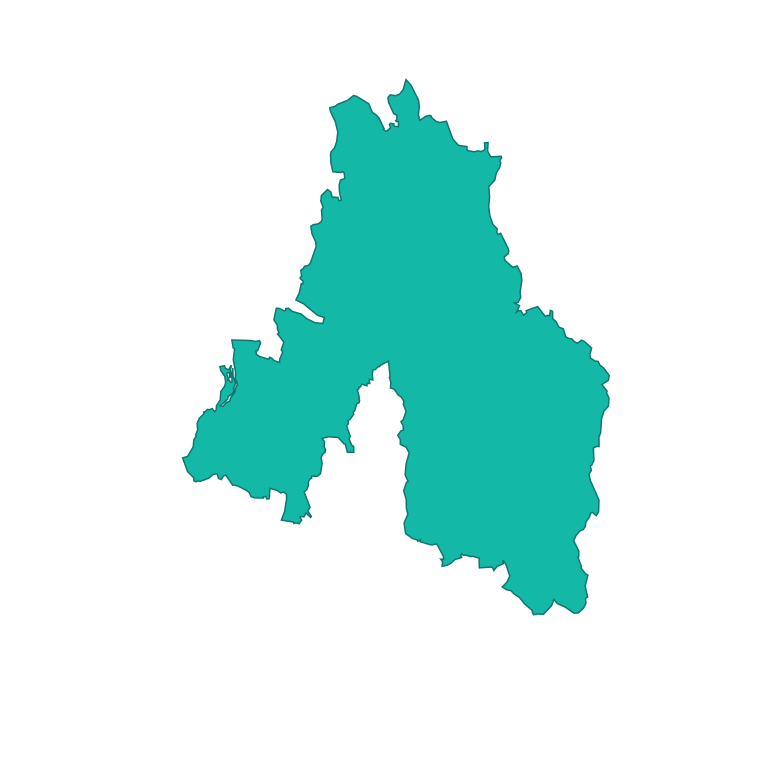 the district of Hida, Salaj, Romania, rotated 70°
{"feature_id": "2599482B84392497603638", "entity_name": "Hida", "entity_type": "district", "adm_level": 2, "iso_a3": "ROU", "parent_name": "Romania", "parent_adm1": "Salaj", "projection": "natural_earth1", "projection_center": [23.327, 47.064], "detail": "fine", "context": "isolated", "style": "filled", "palette": "teal", "viewbox_px": 768, "rotation_deg": 70, "n_neighbors": 0, "source": "geoboundaries", "source_scale": "gbopen_adm2", "svg_char_len": 6170}
<svg xmlns="http://www.w3.org/2000/svg" viewBox="0 0 768 768"><g transform="rotate(70 384 384)"><path d="M410.1,595.8L411.6,594.1L411.4,592.3L412.6,589.9L412.6,580.8L410.5,575.5L411.2,571.5L416.2,571.8L418.2,569.4L415.4,566.2L415.5,563.9L427.4,560.8L427.6,559.3L430.1,556.0L436.8,549.7L440.3,547.6L444.2,547.5L446.7,544.6L449.9,536.3L448.8,536.2L449.3,533.5L452.1,533.4L452.5,531.0L443.0,526.9L447.6,520.6L451.1,518.3L451.1,515.5L454.0,513.3L458.8,514.9L470.1,521.2L476.8,527.0L482.6,516.6L484.3,516.3L484.4,514.0L486.3,511.7L483.8,507.9L480.2,508.4L480.0,507.4L481.5,504.7L478.5,501.3L484.3,498.7L483.4,497.5L477.2,499.2L474.8,495.7L458.3,496.0L456.8,492.7L453.5,489.7L449.9,488.4L447.9,486.1L448.0,483.8L447.6,484.5L445.8,483.3L447.9,478.4L446.7,474.5L437.7,469.4L431.6,468.2L429.4,466.0L427.8,462.6L425.9,461.4L422.4,461.7L417.9,459.6L414.0,460.7L414.5,454.5L418.6,445.3L426.7,442.0L427.2,440.9L435.7,441.8L437.9,435.7L432.3,433.9L430.3,435.3L423.8,435.6L421.6,433.6L410.3,433.5L409.3,431.1L406.1,430.1L405.8,428.4L402.1,422.8L400.1,422.7L399.2,420.7L393.1,416.3L393.1,413.8L390.7,412.3L388.8,412.8L388.5,411.8L380.4,411.1L380.0,409.4L378.6,408.9L378.6,407.0L376.6,404.9L379.9,400.7L377.8,399.7L378.6,397.2L374.6,396.4L376.4,393.1L370.6,391.7L367.0,389.4L367.4,387.1L365.7,383.7L366.1,382.6L365.1,380.4L364.0,372.0L379.0,375.7L379.6,376.7L384.9,377.0L389.9,379.3L392.3,376.2L399.1,374.4L402.1,372.3L406.7,371.3L409.8,372.7L417.4,372.7L424.4,378.5L425.1,380.9L429.7,380.3L434.0,381.6L433.8,384.1L436.8,388.6L441.8,387.7L446.3,389.3L450.9,384.9L457.2,383.8L466.2,390.3L476.5,395.2L483.9,394.7L484.1,396.5L491.0,402.0L500.1,402.6L508.1,405.4L514.4,406.1L521.8,412.8L532.0,414.8L539.0,410.0L542.2,405.9L543.2,406.1L542.9,403.0L544.4,404.1L550.2,396.4L551.6,394.0L552.2,389.6L553.4,388.9L566.4,387.1L569.1,388.0L568.0,390.6L570.6,389.6L575.2,391.8L575.9,386.7L575.2,381.8L573.2,377.3L573.6,370.4L571.1,370.4L570.0,369.1L572.1,368.1L572.9,365.5L575.9,361.6L576.1,359.8L580.1,354.2L589.4,357.3L592.6,346.1L593.6,344.8L596.9,344.5L594.1,340.3L593.7,333.3L591.1,333.1L591.1,332.1L595.6,331.1L607.4,331.5L612.2,336.1L615.1,342.3L619.0,339.5L621.7,335.3L625.4,333.8L630.9,329.7L638.4,327.2L647.4,322.2L650.1,322.8L652.1,322.1L652.7,318.1L654.9,312.9L649.9,302.7L644.6,298.0L649.7,296.2L655.5,290.1L664.4,283.8L665.5,279.6L663.0,273.3L659.2,269.3L654.4,268.0L653.9,265.6L642.6,264.0L633.3,257.8L631.3,259.5L624.3,261.9L623.3,260.9L613.2,261.0L613.1,260.2L607.8,258.1L596.0,259.4L592.0,255.3L588.8,249.5L589.0,246.7L586.7,243.5L582.6,241.4L579.1,236.2L576.0,234.0L576.1,231.9L580.3,229.6L577.6,226.1L566.6,221.7L545.3,223.1L538.7,222.2L536.2,218.7L531.5,218.1L531.2,216.4L527.5,212.8L515.7,209.1L515.4,205.1L516.3,203.3L507.3,200.1L504.0,197.2L491.0,191.4L484.6,186.5L481.5,180.6L474.0,177.4L468.5,177.9L467.0,176.8L459.0,179.5L457.3,171.9L453.0,169.5L444.1,172.1L440.1,174.6L436.0,175.0L434.6,177.8L430.2,181.2L427.3,180.7L421.2,176.6L412.7,181.1L410.4,183.4L411.9,188.2L409.5,190.6L405.8,192.1L404.4,194.8L401.7,197.0L393.4,196.7L390.4,200.2L384.2,201.0L380.3,203.1L373.4,200.7L371.7,202.5L376.7,205.1L375.5,206.5L375.4,209.4L363.8,213.1L363.7,225.4L365.8,225.5L367.1,229.3L361.9,230.4L361.3,232.6L361.8,234.9L356.8,229.8L352.5,233.6L353.1,229.8L349.3,225.9L344.2,224.7L333.7,219.0L327.1,217.4L318.5,218.6L318.4,223.0L309.2,228.1L305.9,227.6L304.0,222.8L302.0,221.3L299.5,221.0L282.2,222.8L282.6,225.6L280.7,226.3L276.9,224.6L271.4,227.1L262.5,227.0L252.6,224.8L244.6,220.9L234.3,218.0L230.3,210.1L223.9,206.2L220.3,201.4L215.8,198.5L214.3,199.2L211.5,196.0L210.1,196.0L207.0,206.1L200.5,207.0L192.7,203.6L191.8,207.1L197.5,208.7L198.7,210.2L198.7,213.4L197.1,215.8L196.6,219.8L193.5,225.4L191.7,225.9L189.3,224.8L185.2,232.4L177.2,235.6L158.4,235.5L157.3,242.3L155.0,245.2L150.5,247.9L147.8,248.2L147.1,249.6L146.8,253.5L148.5,260.1L142.8,259.6L135.6,256.0L129.2,254.5L112.7,256.4L105.5,259.2L113.9,265.3L117.1,270.6L117.0,274.6L114.4,279.3L116.3,282.4L121.0,283.4L133.3,282.4L135.7,280.0L139.9,281.4L140.5,283.0L141.6,282.7L142.2,280.7L147.1,282.4L145.7,285.7L144.2,286.7L143.1,285.7L141.2,288.8L142.0,290.2L145.4,290.1L147.5,295.3L144.7,297.6L144.1,296.6L132.9,297.7L128.9,299.0L124.9,302.0L115.4,302.5L104.4,311.3L102.5,314.0L105.0,321.3L105.3,332.1L106.4,335.0L105.8,340.5L109.7,341.1L120.5,340.0L131.3,341.2L140.1,345.6L145.2,349.8L147.7,354.2L149.8,355.7L158.1,358.3L167.1,359.4L170.5,352.3L170.3,350.2L172.2,349.2L177.6,350.7L177.3,355.1L182.0,358.2L188.7,360.3L196.6,361.2L196.6,363.6L192.9,363.5L190.5,368.9L185.5,368.3L181.9,370.5L185.5,378.4L190.4,380.8L197.1,380.8L199.1,383.2L208.5,385.9L210.0,387.5L211.0,391.2L210.1,395.8L210.7,398.8L218.2,400.3L226.7,399.6L231.5,400.6L245.3,412.0L246.7,414.6L246.1,418.4L248.0,420.5L248.8,423.3L254.8,424.7L255.0,426.0L256.3,426.7L259.8,424.8L262.1,426.0L261.4,427.4L269.5,432.5L274.9,438.1L281.0,432.2L296.8,422.9L301.0,417.3L306.2,420.7L302.7,428.1L296.1,434.3L289.9,437.9L284.3,445.5L280.0,448.0L279.6,450.5L281.3,451.3L281.4,452.6L277.1,456.7L276.0,459.3L286.0,465.5L292.4,464.1L296.0,465.4L300.1,465.2L300.6,466.9L310.4,463.8L315.5,468.0L317.0,468.9L319.2,468.2L325.1,473.6L328.1,474.8L324.3,479.4L321.5,480.5L319.8,482.4L321.4,483.8L315.3,491.8L312.6,493.8L309.2,493.0L309.5,491.5L303.1,485.8L300.7,486.3L300.1,490.1L297.6,494.3L290.6,511.9L298.4,513.4L299.6,512.2L309.5,517.3L321.6,519.3L327.8,521.8L334.0,521.7L337.5,525.3L340.5,526.8L344.4,532.5L347.3,534.9L347.6,538.7L349.9,543.1L348.4,545.6L344.9,536.1L342.3,534.8L341.9,531.3L340.4,528.7L338.0,526.5L336.7,527.1L332.7,523.2L325.3,523.3L317.3,520.6L323.0,523.8L329.9,526.0L330.0,527.6L327.5,528.2L326.9,529.5L325.8,528.1L320.6,528.6L319.8,526.3L320.3,525.6L325.0,526.6L325.0,525.6L317.9,523.4L314.9,521.2L314.5,521.8L317.0,524.0L317.0,525.7L315.0,527.8L312.3,527.5L311.5,532.2L315.5,532.8L322.5,531.0L328.4,532.3L331.6,534.5L335.3,540.0L342.9,543.3L347.0,548.8L351.0,550.6L352.1,552.6L348.3,553.8L348.5,556.5L347.5,558.8L348.8,561.2L348.7,563.0L350.4,563.4L353.0,569.3L357.1,573.1L363.4,574.8L367.4,578.5L368.7,578.1L371.3,581.7L377.8,584.8L384.9,593.4L384.5,598.5L399.3,598.5L406.9,594.9L410.1,595.8Z" fill="#14b8a6" stroke="#0f766e" stroke-width="1.5"/></g></svg>